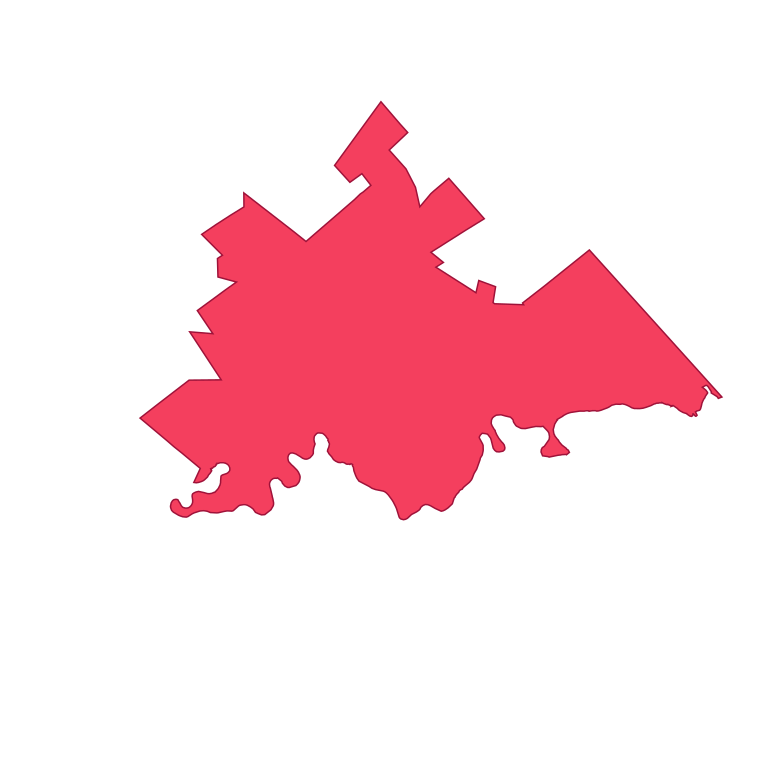 the district of Marqués de Comillas, Chiapas, Mexico, rotated 228°
{"feature_id": "50627088B45409409089099", "entity_name": "Marqués de Comillas", "entity_type": "district", "adm_level": 2, "iso_a3": "MEX", "parent_name": "Mexico", "parent_adm1": "Chiapas", "projection": "albers", "projection_center": [-90.792, 16.274], "detail": "fine", "context": "isolated", "style": "filled", "palette": "rose", "viewbox_px": 768, "rotation_deg": 228, "n_neighbors": 0, "source": "geoboundaries", "source_scale": "gbopen_adm2", "svg_char_len": 6159}
<svg xmlns="http://www.w3.org/2000/svg" viewBox="0 0 768 768"><g transform="rotate(228 384 384)"><path d="M148.2,626.4L346.2,626.3L349.6,567.1L351.5,541.2L349.5,540.8L369.6,519.9L371.5,519.5L381.6,532.0L397.5,523.7L390.3,513.4L436.1,500.7L434.6,509.5L450.5,507.0L443.6,547.7L439.7,569.1L493.5,569.8L494.1,550.6L494.1,546.1L491.7,529.2L509.1,539.0L529.2,544.3L554.4,544.4L555.0,569.9L566.7,569.9L595.8,570.6L579.5,493.5L556.7,493.6L555.1,508.3L540.4,507.2L540.6,497.2L541.1,493.6L540.8,485.3L542.1,421.4L556.8,419.0L619.8,407.7L609.3,398.4L612.0,383.6L614.8,366.3L617.2,348.6L587.8,350.1L588.7,344.2L574.6,332.2L558.5,342.6L560.0,329.5L563.5,294.4L535.9,290.5L552.8,274.5L496.0,265.8L517.3,241.7L520.3,202.7L521.9,179.9L486.4,184.9L478.2,185.9L467.9,187.6L444.2,191.0L438.1,176.8L436.2,178.4L434.9,180.4L433.7,183.0L433.0,185.3L432.9,187.1L433.0,190.6L433.8,192.7L434.1,195.3L434.7,197.4L434.8,197.9L435.3,198.1L436.2,197.9L436.6,198.3L436.2,198.6L436.4,199.3L436.9,199.1L436.7,199.7L436.2,200.3L436.4,201.6L436.3,202.3L436.0,202.5L435.8,203.5L436.1,204.9L436.5,205.3L436.2,205.5L436.5,206.3L436.8,206.8L436.2,207.2L435.1,209.6L432.9,212.0L431.2,213.2L428.9,214.0L427.3,214.0L426.4,213.8L424.9,213.3L424.1,212.7L423.1,211.7L422.6,210.5L422.5,208.2L422.9,206.8L424.4,203.4L424.7,202.1L424.6,201.2L421.4,197.8L420.0,196.5L418.7,194.6L417.4,191.4L417.1,190.1L416.7,185.7L417.1,185.5L418.0,182.9L419.4,180.7L420.8,179.4L423.7,177.6L428.3,174.3L429.6,171.9L430.2,170.0L430.4,168.3L430.0,167.4L429.0,166.3L426.0,164.3L424.2,162.7L423.4,161.4L422.7,159.5L422.6,157.1L422.9,155.9L423.5,154.8L424.1,154.0L424.9,153.2L427.1,151.9L429.2,151.9L432.8,152.8L433.7,152.8L435.4,153.3L436.1,153.3L437.5,152.3L438.6,150.5L438.8,148.9L438.1,146.4L436.1,143.6L434.7,142.6L432.2,141.6L429.7,141.7L424.0,143.5L422.3,144.3L420.0,145.6L417.4,148.0L416.7,149.5L415.9,154.5L415.3,156.6L412.9,162.0L412.3,162.9L410.7,165.0L409.6,166.0L407.7,167.5L404.6,169.0L400.1,173.5L399.2,174.7L396.3,179.9L395.0,182.0L394.3,182.9L391.3,185.9L390.7,187.3L390.7,194.5L390.2,196.0L388.4,198.8L387.1,200.2L385.4,201.3L382.0,202.5L378.8,203.1L374.6,202.6L371.8,203.8L368.7,205.4L366.7,208.0L366.2,215.8L367.5,219.9L368.2,221.1L369.5,222.4L371.9,223.9L373.8,225.0L374.6,225.3L375.3,225.8L382.8,229.9L384.1,230.4L386.1,231.8L387.0,232.8L387.7,234.3L388.1,235.9L388.0,237.7L387.7,238.7L387.1,239.7L385.6,241.3L385.4,242.1L380.1,242.9L378.3,242.1L374.6,242.0L371.7,243.1L370.5,244.3L367.5,250.6L367.6,253.0L368.0,255.0L368.7,256.5L369.9,258.2L371.1,259.5L372.6,260.4L375.8,261.4L378.2,261.7L383.4,261.5L385.8,261.2L390.2,261.2L392.1,262.2L393.4,263.1L394.3,264.2L395.2,265.9L395.3,268.1L394.2,269.7L392.9,270.6L390.9,271.7L386.0,273.2L383.4,273.8L381.4,274.8L380.2,275.9L379.4,277.2L378.7,279.8L379.1,283.5L379.7,285.0L382.2,287.3L383.8,289.5L385.6,292.7L387.2,293.3L389.5,294.7L391.1,296.4L391.9,297.7L392.2,300.3L392.1,301.6L391.3,302.8L388.7,305.2L387.4,305.6L384.5,305.9L382.1,305.5L380.7,305.6L379.7,304.8L379.6,304.5L378.0,304.2L377.7,303.9L376.4,303.6L375.9,303.3L374.0,300.7L373.0,298.5L372.3,297.5L371.7,296.9L370.4,296.8L369.1,296.4L364.9,296.4L361.6,295.9L359.1,296.4L356.4,297.5L354.7,299.0L353.9,300.5L352.1,301.8L349.8,302.4L349.1,302.9L347.7,304.6L347.0,304.8L346.9,306.1L345.2,306.8L344.5,305.9L342.6,305.5L339.5,303.5L335.0,301.7L332.4,300.9L328.6,300.4L317.9,304.4L314.5,305.3L311.2,307.1L305.0,311.7L303.6,312.4L301.4,312.9L298.6,313.0L292.7,312.4L290.3,312.0L285.1,310.6L283.0,309.9L275.0,306.2L273.9,306.0L272.4,306.2L270.1,307.7L269.0,309.6L268.5,311.6L268.6,317.2L267.2,322.5L266.8,325.5L267.0,327.3L267.7,328.7L267.7,331.5L266.8,334.1L264.9,335.9L262.4,337.1L257.2,338.8L251.2,341.4L250.3,342.9L249.6,345.1L249.1,348.6L249.2,353.9L249.3,354.7L252.3,359.8L252.4,361.2L252.9,362.0L253.5,364.7L253.4,365.3L253.6,366.5L253.6,367.2L254.1,368.3L254.2,369.1L254.1,370.2L253.5,371.8L254.0,373.6L254.0,375.9L253.8,381.7L254.3,385.0L254.9,386.5L257.2,391.0L258.7,395.9L263.4,404.6L264.5,406.1L265.5,409.5L267.8,412.7L268.7,413.7L272.1,416.6L273.6,417.2L279.9,418.7L280.8,419.2L281.6,421.5L281.7,424.0L279.3,426.1L277.4,427.4L272.6,427.0L270.7,426.2L263.2,422.2L260.6,421.9L258.4,422.3L256.5,424.1L254.5,427.4L254.5,429.6L255.6,431.1L258.1,432.5L260.3,432.8L262.5,432.7L266.9,433.0L271.7,434.0L271.9,434.2L274.2,434.9L275.1,435.5L276.9,435.6L280.8,436.4L283.0,437.3L285.3,439.8L286.2,442.0L286.2,444.0L285.7,446.6L282.8,450.4L278.7,453.0L274.7,455.8L271.7,456.0L270.7,455.8L269.7,455.1L268.6,454.7L265.1,454.2L264.0,454.3L259.7,456.0L258.8,456.6L256.3,459.2L253.1,464.8L250.8,468.5L247.3,472.1L246.1,473.9L241.0,474.1L239.0,474.1L237.2,473.7L234.2,471.8L232.3,469.6L230.4,461.5L230.8,459.1L230.0,457.0L228.4,455.2L224.5,453.8L220.3,457.3L219.2,457.8L214.5,465.8L213.1,467.7L212.4,469.0L209.7,472.3L209.3,472.3L209.1,476.0L211.3,476.6L212.0,476.6L213.4,476.1L214.1,476.4L219.5,475.4L223.7,475.5L225.7,476.0L227.0,475.9L231.2,476.2L231.8,476.6L232.5,476.6L234.1,477.4L236.9,479.3L240.0,484.1L241.1,487.7L241.2,488.8L241.8,488.9L240.4,495.5L240.6,495.8L239.6,499.9L238.8,501.9L237.8,503.9L232.9,511.3L229.9,514.6L228.8,516.4L227.1,518.2L226.6,518.1L224.8,520.9L222.8,523.2L221.5,524.0L220.4,525.5L219.3,527.7L216.8,534.1L216.3,535.9L215.8,539.1L213.8,542.9L210.8,546.0L209.8,547.8L207.4,549.5L205.6,550.4L203.2,551.4L200.4,552.3L199.3,553.0L198.3,553.6L194.6,557.6L192.7,560.3L191.3,563.2L189.3,568.0L188.4,571.4L187.7,572.6L187.5,573.5L185.9,575.5L185.8,575.9L185.1,576.8L184.8,577.0L183.9,578.0L184.1,578.2L182.6,578.7L181.0,579.5L179.6,580.3L179.2,580.7L179.0,581.3L178.6,581.2L177.6,581.9L176.6,582.2L176.0,582.8L175.4,582.9L175.2,582.4L174.7,583.4L175.0,583.6L174.7,584.4L169.8,585.6L167.5,585.7L165.5,586.2L162.7,587.2L160.1,588.7L159.5,589.2L159.0,589.0L155.6,589.8L154.2,590.8L153.9,592.1L154.8,593.4L155.6,593.8L151.7,593.9L151.2,594.5L151.3,595.8L154.9,596.8L154.6,598.4L153.3,601.0L153.7,602.6L155.4,605.3L157.0,607.5L158.2,610.0L158.9,612.0L159.0,613.0L159.8,614.6L160.5,617.3L160.5,618.0L161.2,618.8L164.0,619.1L168.6,618.4L167.7,622.1L167.0,622.9L165.3,623.1L159.3,622.1L158.4,621.2L151.7,623.1L149.6,622.8L148.2,626.4Z" fill="#f43f5e" stroke="#9f1239" stroke-width="1.5"/></g></svg>